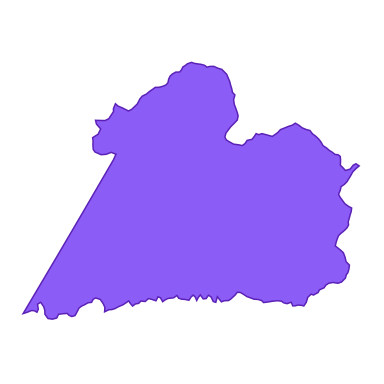 Rubiataba, Goiás, Brazil, rotated 181°
{"feature_id": "56859067B12636135520213", "entity_name": "Rubiataba", "entity_type": "district", "adm_level": 2, "iso_a3": "BRA", "parent_name": "Brazil", "parent_adm1": "Goiás", "projection": "robinson", "projection_center": [-49.897, -15.198], "detail": "fine", "context": "isolated", "style": "filled", "palette": "violet", "viewbox_px": 384, "rotation_deg": 181, "n_neighbors": 0, "source": "geoboundaries", "source_scale": "gbopen_adm2", "svg_char_len": 3182}
<svg xmlns="http://www.w3.org/2000/svg" viewBox="0 0 384 384"><g transform="rotate(181 192 192)"><path d="M25.3,221.0L28.6,223.1L31.3,221.6L34.2,217.7L39.0,216.2L41.6,219.0L44.1,221.3L44.0,226.6L44.4,230.2L46.6,231.8L49.8,232.1L52.4,234.2L55.3,235.9L58.4,238.5L61.8,240.6L64.1,244.5L66.2,247.1L69.1,249.8L72.6,252.3L75.2,255.6L78.7,256.4L83.0,258.1L86.3,260.6L89.9,262.6L93.0,260.5L96.4,259.4L100.9,257.5L104.7,255.9L107.3,252.9L109.7,251.1L112.7,249.0L118.6,250.5L123.0,251.6L126.4,250.5L128.9,251.5L130.5,248.9L132.9,245.7L137.8,244.6L139.8,241.4L142.6,239.3L146.1,240.0L151.3,240.6L156.4,243.3L158.7,244.8L160.1,247.5L159.1,251.5L155.9,255.9L154.1,258.3L151.4,261.0L148.0,264.7L147.2,268.9L148.0,271.9L149.5,276.0L151.3,280.5L152.0,285.0L150.8,289.8L153.2,292.2L154.2,296.4L155.2,299.3L156.2,303.1L159.4,310.3L164.3,315.1L168.4,316.3L172.4,318.0L176.2,317.9L179.2,317.1L181.7,318.9L185.1,319.8L187.9,320.1L192.1,320.7L194.7,321.6L198.9,320.1L200.9,318.4L203.4,316.8L204.5,314.1L206.6,311.7L210.3,311.6L213.8,309.6L215.9,307.5L217.3,304.4L217.9,301.0L219.7,298.7L222.9,297.2L226.9,296.1L230.5,296.0L233.6,293.7L236.5,291.6L239.3,289.1L243.4,287.0L245.7,284.2L248.2,279.1L250.9,276.4L253.7,273.6L257.0,271.9L262.9,274.8L267.4,276.6L270.1,278.9L272.0,274.0L271.9,271.0L276.5,263.8L280.2,261.9L289.7,262.0L288.7,258.2L284.4,253.5L286.9,248.1L292.3,244.6L291.8,241.3L291.9,237.3L291.5,232.9L289.7,230.3L283.5,227.7L278.5,228.2L273.5,230.2L268.7,228.5L271.0,223.0L302.2,167.2L326.9,123.4L358.7,67.5L354.3,69.0L350.4,70.7L347.5,70.5L344.9,69.1L343.6,72.2L344.5,77.1L341.4,79.1L338.3,74.8L337.1,71.1L336.9,67.2L333.8,63.0L329.4,62.4L325.1,63.6L323.3,67.4L318.4,68.1L314.7,68.4L312.7,66.5L310.0,65.4L306.8,66.4L305.1,69.6L302.9,74.0L300.2,76.1L297.6,77.3L294.1,79.4L290.5,79.9L288.9,83.0L286.5,84.4L281.9,83.0L279.0,79.1L277.1,75.2L277.3,70.7L273.1,72.8L269.9,73.1L266.9,74.1L264.0,75.8L258.9,78.1L253.3,82.0L251.9,79.7L249.4,76.9L246.6,79.1L243.4,79.7L241.2,82.1L236.9,81.7L233.6,84.7L230.6,84.0L226.1,82.6L224.2,86.6L221.7,85.7L219.4,81.8L217.2,83.5L214.3,85.1L208.5,85.9L205.2,88.3L203.5,85.6L200.4,84.6L197.2,84.5L193.2,83.7L191.1,87.0L189.0,88.9L187.0,87.1L185.4,83.6L184.1,86.2L181.9,89.3L178.9,85.3L175.9,85.7L173.8,89.1L171.1,87.4L168.9,82.9L166.3,82.1L164.8,87.7L160.7,82.7L158.0,83.8L153.6,84.1L151.4,85.6L149.2,87.7L147.1,89.7L145.0,92.5L141.9,92.4L138.9,90.7L135.1,88.3L132.3,87.4L128.1,85.9L124.0,85.7L120.4,84.6L118.5,82.7L114.5,83.3L109.5,84.2L104.6,84.8L100.6,84.4L98.6,82.9L95.1,82.0L90.8,83.5L89.3,79.9L86.9,80.0L84.0,80.8L80.6,80.6L78.2,80.0L75.8,83.7L74.5,88.6L71.2,91.9L68.7,91.1L66.5,92.4L64.1,93.7L62.9,96.4L60.7,97.4L58.3,98.5L56.6,101.1L53.8,103.1L49.5,104.0L44.5,103.3L40.9,104.6L39.0,106.6L37.1,108.6L36.3,111.8L34.7,114.2L33.8,117.5L33.3,121.7L36.7,125.0L37.9,129.7L39.6,133.9L41.9,136.0L44.8,138.3L47.8,140.6L47.0,144.3L45.8,148.1L44.7,150.9L42.9,152.8L40.4,154.9L38.0,157.1L36.2,159.2L34.9,161.8L35.3,164.8L34.5,167.7L33.4,172.2L32.5,175.1L32.1,178.8L35.2,180.3L39.0,183.0L44.0,189.6L45.4,192.4L43.8,196.3L43.1,199.9L39.8,202.3L37.2,205.0L35.0,208.8L33.5,211.3L31.7,214.8L28.3,218.4L25.3,221.0Z" fill="#8b5cf6" stroke="#5b21b6" stroke-width="1.5"/></g></svg>